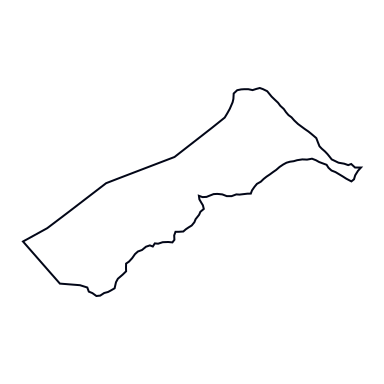 outline of Algodão de Jandaíra, Paraíba, Brazil
{"feature_id": "56859067B49071787893011", "entity_name": "Algodão de Jandaíra", "entity_type": "district", "adm_level": 2, "iso_a3": "BRA", "parent_name": "Brazil", "parent_adm1": "Paraíba", "projection": "albers", "projection_center": [-35.92, -6.887], "detail": "fine", "context": "isolated", "style": "outline", "palette": "ink", "viewbox_px": 384, "rotation_deg": 0, "n_neighbors": 0, "source": "geoboundaries", "source_scale": "gbopen_adm2", "svg_char_len": 1844}
<svg xmlns="http://www.w3.org/2000/svg" viewBox="0 0 384 384"><path d="M351.2,164.0L348.2,165.1L344.2,163.7L338.5,162.7L334.6,160.8L331.7,159.4L329.5,156.6L327.3,153.9L324.9,151.4L321.8,148.7L319.5,146.3L317.9,142.3L316.3,138.1L311.5,134.0L308.4,131.5L304.9,129.1L300.7,126.0L298.0,124.0L294.2,120.4L291.5,117.3L288.5,115.1L286.0,112.2L283.8,109.0L280.3,105.8L278.0,102.7L274.7,99.6L271.6,96.6L267.2,91.2L262.9,89.1L259.8,88.0L256.4,88.9L252.6,90.1L248.3,89.2L244.2,89.2L241.1,89.4L237.2,90.2L233.7,93.5L233.4,98.9L232.6,102.3L229.8,108.8L227.3,113.3L224.7,117.6L212.1,127.7L174.5,157.0L118.5,178.4L106.1,183.2L67.4,212.9L47.2,228.2L23.0,241.5L50.4,272.8L59.9,283.6L80.0,285.2L87.3,287.5L88.8,291.6L92.4,293.1L96.4,296.0L100.2,295.6L104.2,293.0L108.0,292.0L110.8,290.5L114.6,288.3L116.0,282.2L117.9,278.7L122.6,274.7L126.1,271.3L126.0,267.7L126.1,263.6L129.0,261.6L132.2,258.1L135.0,254.1L137.9,251.5L142.0,250.0L146.0,246.7L149.9,245.4L152.8,246.5L154.8,243.4L158.1,243.7L162.7,242.2L168.2,242.0L172.4,242.4L174.4,239.8L174.2,235.4L175.5,231.8L178.8,231.8L183.3,231.5L185.8,229.3L188.6,227.4L191.7,225.5L194.4,222.2L195.6,219.2L199.1,214.8L200.4,211.8L203.8,208.9L202.9,205.3L201.2,202.5L199.4,199.4L198.9,195.8L202.5,197.1L206.5,196.9L209.5,195.7L213.6,194.1L217.3,193.9L222.3,194.4L226.7,196.1L231.7,196.1L236.3,194.4L239.5,194.6L242.9,194.2L247.3,193.7L250.8,193.6L252.0,190.4L254.5,186.8L256.9,183.9L260.8,181.7L263.7,178.9L266.6,176.6L269.9,174.4L273.0,172.1L276.2,169.9L279.5,167.0L283.2,164.5L286.5,162.7L290.0,161.7L293.7,161.2L297.1,160.2L302.3,159.4L307.1,159.6L312.0,158.7L315.9,160.2L319.1,162.0L322.8,163.4L326.6,164.8L328.5,167.8L331.5,170.5L335.5,172.1L339.7,174.6L342.7,176.4L346.3,178.7L351.4,181.4L354.0,179.3L355.2,175.3L358.0,170.8L361.0,167.5L355.0,167.5L351.2,164.0Z" fill="none" stroke="#020617" stroke-width="2"/></svg>